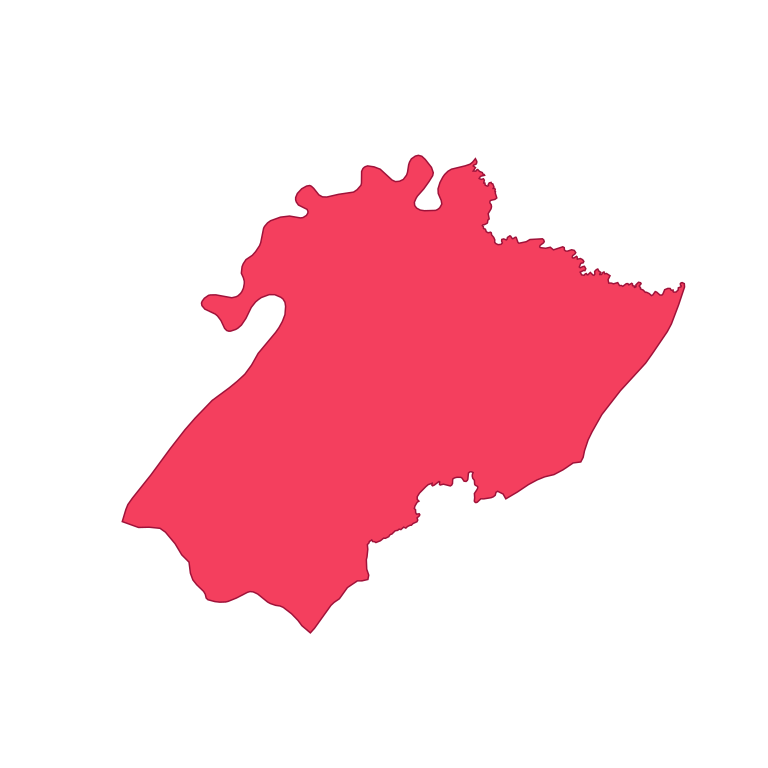 outline of Thung Khao Luang, Roi Et, Thailand, rotated 224°
{"feature_id": "78962969B71401871010357", "entity_name": "Thung Khao Luang", "entity_type": "district", "adm_level": 2, "iso_a3": "THA", "parent_name": "Thailand", "parent_adm1": "Roi Et", "projection": "equal_earth", "projection_center": [103.86, 15.995], "detail": "fine", "context": "isolated", "style": "filled", "palette": "rose", "viewbox_px": 768, "rotation_deg": 224, "n_neighbors": 0, "source": "geoboundaries", "source_scale": "gbopen_adm2", "svg_char_len": 6171}
<svg xmlns="http://www.w3.org/2000/svg" viewBox="0 0 768 768"><g transform="rotate(224 384 384)"><path d="M474.8,609.6L474.4,605.0L474.8,601.9L477.1,597.4L484.7,585.4L485.8,581.4L485.9,576.8L485.4,573.6L483.7,567.8L480.7,561.9L477.3,558.7L470.4,555.8L467.4,553.6L466.3,549.4L466.7,546.6L467.5,544.7L475.2,536.8L478.7,534.3L482.7,533.2L485.9,533.7L488.4,535.8L489.9,539.7L490.5,542.3L490.9,551.8L492.2,560.7L493.7,567.7L495.3,570.2L500.3,572.8L510.4,574.2L515.0,574.1L518.1,572.4L519.8,569.7L520.7,565.0L519.8,561.4L518.6,558.9L514.2,552.7L512.9,550.0L512.2,544.6L513.7,540.6L516.4,537.5L519.9,536.3L535.9,535.9L542.0,533.3L547.3,529.5L548.5,527.2L548.8,525.7L548.8,524.3L547.8,521.4L539.7,512.8L538.6,510.9L538.3,505.1L539.2,500.9L548.5,488.8L555.0,478.8L558.2,475.9L562.2,474.8L570.5,475.9L573.7,475.8L575.3,475.2L577.2,472.6L578.8,467.3L578.7,460.9L577.1,456.8L575.5,455.1L573.5,454.0L569.9,453.3L560.6,456.2L558.4,455.2L557.5,454.0L556.9,451.3L557.9,447.4L559.5,445.4L568.6,439.2L574.4,432.1L579.0,422.7L579.7,419.0L579.4,414.4L578.8,412.4L570.9,400.1L569.6,397.1L568.3,390.0L568.1,385.1L569.7,377.6L568.8,372.8L567.6,369.8L563.6,364.6L558.9,362.7L555.9,360.9L554.2,359.1L551.7,355.3L550.4,351.7L550.1,349.5L550.3,345.9L551.0,344.0L553.4,340.3L566.9,331.3L570.7,327.5L571.8,325.9L572.8,320.9L572.3,317.2L571.5,315.4L569.4,313.9L564.9,313.4L553.9,317.1L551.0,317.3L545.4,316.4L537.3,313.3L534.3,313.2L532.3,314.2L531.0,315.6L528.6,320.2L527.9,322.6L527.5,327.4L528.9,335.3L532.7,346.9L533.4,353.8L533.0,357.5L532.3,361.0L528.7,368.5L524.6,372.4L518.5,374.7L515.7,375.0L512.0,374.0L508.7,371.5L503.4,365.1L500.5,358.3L498.7,351.6L497.8,345.9L495.8,318.6L492.4,305.6L490.9,294.4L491.5,283.7L492.7,273.5L496.2,252.8L496.2,228.6L495.4,212.9L492.9,189.2L488.5,156.7L485.7,127.2L484.5,119.4L482.5,114.4L476.7,103.2L460.9,110.3L453.5,117.8L444.9,124.6L438.3,125.6L423.4,124.0L410.8,120.6L400.5,120.4L391.8,113.4L385.4,110.3L379.3,109.5L369.7,109.5L366.5,108.6L363.2,106.5L360.8,106.5L354.5,110.0L350.6,113.0L346.5,117.2L345.1,119.4L341.5,127.5L337.5,139.3L336.2,141.6L333.7,143.6L329.0,145.2L316.3,146.3L313.3,147.1L308.2,149.5L304.6,152.1L301.4,153.3L290.9,154.5L281.6,154.2L275.2,153.1L264.1,153.8L264.3,160.0L268.4,187.9L268.2,192.3L266.9,198.5L268.9,212.2L266.4,223.9L263.1,227.1L259.8,232.2L262.2,235.9L267.8,238.8L274.7,245.4L276.1,247.8L280.8,253.8L284.4,256.9L284.4,259.2L285.1,260.5L284.5,263.3L282.7,262.8L281.2,264.0L279.7,264.3L277.7,268.7L277.2,272.8L275.8,274.0L274.5,277.5L274.9,279.0L274.8,280.4L274.1,281.5L274.0,286.2L272.5,288.2L272.3,290.1L270.7,291.0L270.4,294.7L268.2,295.5L268.1,297.8L267.2,300.3L266.2,301.5L266.2,303.8L264.6,307.8L265.2,309.6L267.2,310.6L267.0,313.8L267.4,314.8L268.5,315.1L270.2,313.0L271.9,313.5L274.0,315.5L275.7,315.5L277.0,317.8L278.0,322.0L277.5,324.0L280.0,324.1L281.8,326.0L282.7,330.2L282.6,339.2L282.3,342.4L280.4,346.0L279.3,344.5L278.3,344.5L277.6,346.2L276.7,352.1L276.0,352.3L274.3,350.3L273.4,350.4L271.7,353.2L265.5,356.7L265.1,358.2L265.6,360.0L268.5,363.3L268.1,365.4L266.7,367.6L263.9,370.2L262.5,370.5L258.9,369.7L257.3,370.9L257.1,372.5L257.5,373.7L261.4,378.6L261.2,380.5L260.1,381.6L258.4,382.2L257.6,380.3L256.5,379.0L254.6,377.8L252.1,377.5L249.2,374.9L248.1,374.6L245.5,375.3L244.7,374.8L243.9,373.3L242.9,368.0L239.8,365.2L237.7,362.5L236.5,362.2L235.5,362.5L234.8,363.8L234.6,368.7L232.5,370.6L228.0,376.6L227.0,378.8L226.7,381.2L228.2,383.9L227.7,385.8L221.9,387.6L216.6,386.0L213.0,399.0L210.2,412.1L207.2,421.5L203.9,428.9L198.8,436.9L195.6,446.7L193.1,458.6L188.3,464.6L189.8,469.6L193.4,475.3L198.3,485.5L201.1,494.1L206.1,513.4L209.3,543.3L210.3,580.7L212.1,592.5L216.6,618.5L219.0,626.9L227.1,645.7L235.2,662.6L237.7,664.8L239.9,664.1L240.5,663.3L240.6,662.1L239.5,661.1L238.3,661.0L237.9,660.2L239.1,657.7L237.7,655.9L237.8,653.0L239.3,651.4L240.3,651.3L241.2,652.4L242.5,651.0L244.5,651.5L246.2,650.0L247.6,646.8L245.9,642.5L245.9,640.9L247.3,639.7L251.7,639.5L253.1,638.9L252.5,634.8L253.0,633.4L256.0,633.3L258.8,632.4L259.7,631.5L262.9,631.6L265.5,630.6L266.3,631.4L268.5,631.8L268.7,634.7L269.8,635.1L271.6,634.0L271.7,630.4L270.3,629.0L270.7,627.6L271.1,627.5L271.7,628.5L273.5,627.4L274.8,628.6L275.8,628.5L276.7,625.4L278.3,625.6L279.4,624.5L280.1,620.1L281.6,619.8L283.0,618.4L286.3,619.3L288.5,615.5L290.7,614.4L292.4,612.7L295.3,614.7L296.6,618.9L300.7,618.1L301.8,616.6L303.6,617.4L304.0,616.3L303.6,613.9L304.8,612.6L305.2,612.8L305.6,614.9L307.8,614.5L310.1,615.2L310.7,613.8L310.7,611.3L308.7,609.6L308.5,608.0L309.5,607.5L313.1,607.6L313.2,604.1L313.8,603.7L315.2,604.0L315.7,603.1L315.6,601.1L317.6,599.8L320.6,600.7L319.3,604.3L318.2,605.1L318.9,607.1L321.6,607.9L322.5,606.7L323.6,603.9L324.8,603.8L326.1,607.1L326.1,607.8L324.9,609.5L325.4,611.0L327.5,611.4L329.9,610.7L331.6,608.1L333.4,609.6L334.2,609.6L335.0,606.5L336.1,605.7L336.8,606.1L337.5,607.4L337.0,610.3L337.3,611.7L339.9,612.3L342.3,610.9L344.4,606.9L345.6,605.9L347.2,605.7L349.1,607.3L350.7,606.9L355.3,598.2L359.4,597.9L362.0,593.9L366.3,590.7L367.3,590.8L368.0,592.1L367.3,596.4L367.6,597.7L369.2,598.6L370.9,598.5L379.4,589.3L380.5,585.2L384.7,579.0L386.0,578.9L390.8,581.3L391.5,580.8L392.1,578.3L392.7,577.7L395.7,578.3L396.4,578.0L397.0,575.2L396.0,573.4L396.1,572.6L398.7,571.5L399.7,569.8L398.7,568.5L396.9,567.7L396.8,565.8L398.7,563.5L401.0,562.7L402.8,562.8L404.5,564.7L407.0,565.7L410.1,566.0L411.9,567.3L412.8,567.2L414.2,565.1L416.2,564.6L418.6,565.8L420.4,565.0L421.7,566.1L423.3,566.2L423.4,567.3L422.5,568.3L421.5,571.2L421.6,571.9L423.1,573.9L423.0,575.8L427.4,578.9L428.7,584.4L429.8,586.2L431.4,587.4L433.8,587.9L434.8,589.1L434.7,590.4L432.4,593.9L432.1,596.2L436.7,598.7L437.4,599.8L438.2,599.7L439.1,601.2L440.2,601.6L441.3,600.5L441.9,602.2L444.8,603.5L445.9,602.9L447.0,603.4L448.0,601.8L447.6,599.9L446.7,599.3L447.1,598.1L449.3,597.3L451.0,598.6L451.9,597.9L453.4,600.3L455.0,600.7L456.2,598.7L458.3,597.9L458.7,599.2L458.6,600.9L456.6,604.0L457.5,604.3L458.7,603.7L460.1,604.4L463.0,603.3L465.6,603.4L466.0,602.7L465.8,600.9L467.8,599.2L468.5,603.2L471.3,602.8L471.5,603.9L470.5,606.1L470.9,607.5L471.9,608.6L474.8,609.6Z" fill="#f43f5e" stroke="#9f1239" stroke-width="1.5"/></g></svg>